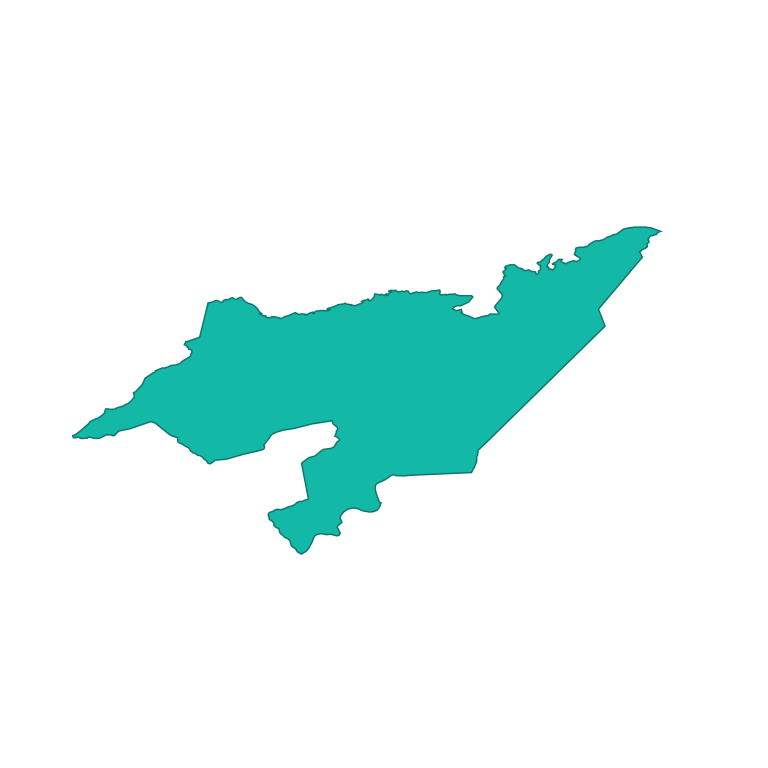 Turkana East, Rift Valley, Kenya, rotated 251°
{"feature_id": "3690345B18632189504967", "entity_name": "Turkana East", "entity_type": "district", "adm_level": 2, "iso_a3": "KEN", "parent_name": "Kenya", "parent_adm1": "Rift Valley", "projection": "equal_earth", "projection_center": [36.31, 1.871], "detail": "fine", "context": "isolated", "style": "filled", "palette": "teal", "viewbox_px": 768, "rotation_deg": 251, "n_neighbors": 0, "source": "geoboundaries", "source_scale": "gbopen_adm2", "svg_char_len": 6151}
<svg xmlns="http://www.w3.org/2000/svg" viewBox="0 0 768 768"><g transform="rotate(251 384 384)"><path d="M436.3,72.7L434.3,72.9L434.2,73.8L433.6,74.4L433.3,77.8L431.2,79.5L431.3,80.1L430.5,81.4L430.1,84.2L429.3,85.5L429.9,86.8L429.7,88.2L426.9,92.5L425.5,96.4L425.4,98.7L426.3,104.6L426.1,105.7L425.0,108.6L423.0,111.6L423.4,113.3L425.3,116.4L425.8,118.6L424.4,129.5L424.4,150.3L423.6,152.4L421.4,155.1L406.2,164.6L403.5,167.1L400.5,171.3L396.4,170.3L395.2,171.0L393.1,173.5L389.7,176.0L387.2,178.6L383.3,179.4L382.3,180.4L381.0,181.0L380.2,182.7L377.6,184.3L376.0,186.8L374.2,188.4L371.7,189.3L369.5,191.0L366.2,192.0L365.3,193.2L365.3,195.1L366.9,199.7L364.3,210.1L363.3,228.8L361.7,243.2L361.5,248.2L361.7,249.2L363.1,250.5L365.6,250.7L369.7,257.2L372.1,260.2L373.1,262.6L373.5,267.4L373.1,274.2L371.3,284.3L369.7,303.2L366.1,323.2L363.0,322.8L358.3,325.7L356.9,325.7L356.1,325.4L354.9,323.5L353.7,323.2L350.5,320.6L349.2,322.2L346.6,323.8L345.2,323.4L344.3,320.3L341.1,316.9L340.6,315.1L340.4,312.6L341.8,305.9L341.5,303.6L338.4,295.6L338.8,288.9L336.6,281.8L335.6,280.2L300.5,275.2L299.9,274.7L299.6,274.2L300.0,270.8L299.5,268.6L300.3,266.3L300.5,263.9L299.0,260.1L298.7,258.0L299.0,252.6L298.4,249.1L298.7,246.0L300.1,242.6L300.5,240.6L299.7,237.3L299.9,234.7L299.3,232.9L298.7,232.5L297.2,231.7L295.7,232.1L294.3,231.5L293.0,231.5L291.8,233.0L288.5,234.6L286.6,233.9L284.6,234.4L281.3,237.5L277.9,237.1L276.3,237.4L273.4,239.3L271.8,239.8L269.4,242.3L267.7,243.5L265.4,244.1L261.4,243.7L259.1,244.9L257.1,246.7L253.6,247.4L250.1,250.4L251.1,255.6L252.9,258.9L257.2,263.8L262.2,268.2L263.1,269.4L263.5,271.0L263.5,272.9L262.9,276.1L260.4,280.4L259.1,285.1L255.9,289.8L255.6,291.7L255.8,292.7L257.4,294.1L264.0,293.1L265.1,294.3L266.7,298.8L268.0,299.3L271.2,298.7L273.2,299.8L275.0,302.1L276.4,305.0L277.4,308.6L277.2,312.6L276.7,314.7L275.9,316.4L274.8,318.4L270.9,322.8L267.5,329.0L266.7,333.0L267.0,336.7L269.2,339.8L272.6,342.5L273.5,341.4L274.4,341.1L283.7,341.0L288.3,341.7L290.8,343.0L292.3,344.7L293.1,353.5L295.2,361.1L295.2,363.1L293.3,366.0L290.8,372.3L288.8,380.3L271.8,437.9L275.3,441.5L275.7,442.5L277.0,443.1L280.3,446.3L285.2,448.0L286.1,449.2L288.3,450.5L290.6,451.1L293.9,458.6L366.7,611.8L385.0,611.2L419.8,669.6L425.8,668.7L425.9,670.0L426.8,671.2L427.2,675.1L428.0,677.6L431.0,678.4L431.5,680.2L432.5,681.1L433.8,680.7L435.9,681.5L435.9,682.5L437.1,683.5L437.3,685.7L436.8,686.1L437.0,688.9L436.6,690.0L438.2,692.4L438.2,695.3L444.3,687.8L447.2,682.5L450.7,672.1L451.9,666.5L452.5,660.9L450.0,652.9L450.5,648.6L449.9,646.8L450.2,643.0L449.1,639.2L449.1,637.6L449.4,634.0L450.4,630.6L450.4,629.2L449.3,623.6L447.8,621.4L448.5,619.2L448.1,618.5L448.2,617.5L449.6,613.7L450.0,609.9L448.9,608.8L447.6,608.7L444.5,606.1L439.2,610.4L438.5,610.6L437.7,609.7L437.0,605.8L438.8,603.7L439.0,599.3L438.6,595.0L441.2,592.0L442.6,591.4L443.7,593.0L444.9,590.3L444.7,589.2L443.3,586.9L443.1,583.9L442.6,582.4L442.0,582.6L440.8,584.8L438.9,583.9L437.1,581.3L437.0,580.5L437.7,579.1L438.4,579.2L439.2,577.0L440.9,577.8L441.9,576.3L443.8,577.6L445.4,580.1L447.0,580.2L451.1,584.9L452.0,584.5L452.6,583.1L451.9,578.6L450.4,576.5L449.4,573.5L448.5,572.2L448.9,569.1L448.4,568.2L446.0,569.4L444.8,570.8L443.3,569.7L441.2,569.5L440.4,566.8L438.8,566.6L438.0,565.1L438.7,563.4L440.6,563.8L442.7,559.8L444.8,558.1L445.1,554.3L445.8,553.3L447.9,552.2L450.0,548.9L454.2,546.2L455.6,542.2L455.8,537.4L454.6,535.9L453.0,537.5L451.6,533.4L451.1,532.9L449.7,533.4L448.7,533.1L446.5,534.2L446.3,532.0L444.5,531.5L441.9,527.7L440.0,526.1L438.8,523.3L437.8,522.2L436.3,522.1L434.9,523.4L433.6,523.2L431.9,524.4L429.1,524.8L427.0,523.3L421.8,514.7L420.6,513.6L413.3,515.7L412.9,515.1L412.9,514.4L415.6,507.3L414.8,504.4L415.4,502.5L415.2,501.3L415.8,499.6L415.9,492.6L416.8,490.1L419.6,487.4L423.9,481.9L426.3,480.2L426.5,481.2L429.3,481.4L429.8,476.2L432.7,473.2L434.2,476.5L433.9,480.1L433.0,481.5L433.8,490.4L437.3,496.3L438.2,496.1L439.1,495.3L442.9,484.2L444.6,481.6L446.1,480.7L446.5,477.6L447.5,475.5L447.7,472.9L448.7,471.3L449.6,467.1L450.5,466.0L451.1,465.9L453.0,467.2L454.8,467.2L455.3,463.7L456.4,459.9L456.7,453.4L458.3,450.0L459.3,446.0L460.4,444.9L460.8,437.8L463.7,437.1L464.7,435.7L464.9,434.9L464.5,433.5L465.9,431.4L466.2,428.4L467.6,425.7L468.8,425.7L469.2,423.4L470.4,420.8L470.2,418.7L469.8,418.7L469.3,420.5L468.4,421.0L468.3,418.6L466.9,417.2L466.6,415.8L466.9,415.1L468.3,416.0L468.4,415.1L467.7,413.0L469.3,411.5L469.8,409.9L469.2,409.2L470.1,408.3L472.2,404.7L469.7,403.1L467.5,399.5L467.3,396.9L467.8,396.6L469.1,397.1L469.6,396.2L469.0,394.9L469.8,391.8L469.3,389.9L468.4,391.2L467.8,390.2L467.4,382.1L467.6,381.2L468.7,380.2L468.9,379.3L469.8,378.9L469.9,377.7L470.7,376.9L471.6,374.6L473.1,373.5L472.8,372.1L473.9,366.7L473.4,361.5L473.7,355.0L473.3,354.8L472.7,356.8L472.0,357.1L471.6,356.9L471.5,356.0L472.4,352.3L473.7,349.3L475.0,343.5L474.7,342.1L473.5,340.9L473.8,339.7L474.2,339.5L474.6,339.5L475.2,340.8L475.2,336.4L474.6,335.0L474.6,334.3L475.1,333.8L474.9,331.9L475.3,331.6L475.8,331.8L476.3,330.8L477.3,328.2L477.3,326.3L480.4,323.3L479.7,315.8L480.1,312.1L479.4,309.7L479.4,308.2L483.2,302.5L483.9,300.4L484.0,297.5L484.8,295.0L485.4,294.4L486.8,294.5L487.9,292.0L490.2,289.6L490.9,289.3L490.6,291.1L492.8,289.7L496.7,288.8L499.6,287.2L502.1,285.3L504.9,281.4L507.5,279.3L512.3,277.4L512.7,276.2L512.1,271.4L513.0,270.1L514.7,269.3L515.0,267.3L514.4,264.1L515.4,261.6L515.3,259.5L513.9,257.5L513.9,256.6L515.8,255.1L517.5,253.0L517.7,252.1L517.3,248.9L517.9,244.0L488.2,224.9L488.2,210.5L488.5,210.4L486.2,208.0L484.4,209.9L482.9,210.0L482.0,210.9L480.3,210.7L479.8,212.2L478.4,213.3L476.5,212.6L475.4,211.2L473.9,210.8L473.2,209.8L471.5,201.8L469.7,197.2L469.8,193.1L470.9,188.4L470.4,184.6L470.5,182.0L471.3,179.7L471.0,172.4L469.7,171.1L469.6,169.0L467.4,160.2L462.3,155.3L457.8,147.2L457.2,144.2L454.9,144.2L452.7,143.4L449.9,138.7L449.7,137.5L448.8,136.1L448.8,133.1L448.0,129.8L448.4,124.4L447.9,121.3L448.9,117.5L451.1,113.1L449.1,111.1L447.4,110.0L446.7,108.7L444.8,102.9L444.9,100.0L444.2,94.2L442.9,92.3L438.7,82.2L436.7,76.2L436.3,72.7Z" fill="#14b8a6" stroke="#0f766e" stroke-width="1.5"/></g></svg>